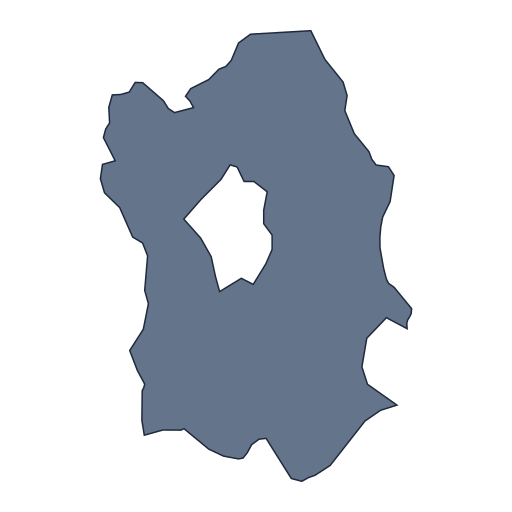 Fejér, Mercator projection
{"feature_id": "HUN-3162", "entity_name": "Fejér", "entity_type": "County", "adm_level": 1, "iso_a3": "HUN", "parent_name": "Hungary", "parent_adm1": "", "projection": "mercator", "projection_center": [18.516, 47.132], "detail": "fine", "context": "isolated", "style": "filled", "palette": "slate", "viewbox_px": 512, "rotation_deg": 0, "n_neighbors": 0, "source": "natural_earth", "source_scale": "10m", "svg_char_len": 1448}
<svg xmlns="http://www.w3.org/2000/svg" viewBox="0 0 512 512"><path d="M129.7,350.5L143.3,329.3L148.4,303.7L144.7,290.4L147.6,255.9L142.6,243.0L132.7,237.1L119.7,207.6L104.5,192.8L100.4,178.7L102.5,164.4L115.2,160.8L103.4,137.6L105.7,129.0L109.6,122.9L108.8,107.3L112.3,94.9L120.7,94.5L129.2,92.1L135.2,82.4L142.7,82.7L163.4,100.7L168.3,108.5L174.5,112.6L193.5,107.6L190.0,101.1L185.5,96.3L190.7,88.6L208.7,79.6L218.9,69.2L225.8,66.5L231.2,60.5L238.6,42.9L250.5,34.2L310.8,30.7L324.9,59.4L343.1,82.1L347.1,95.6L344.8,110.6L354.3,133.7L358.7,139.1L369.0,151.7L371.8,159.3L376.1,165.0L388.4,166.7L394.1,175.5L390.1,201.6L382.7,217.0L380.8,226.7L379.9,237.5L380.0,247.9L383.6,268.2L386.3,278.8L388.5,283.3L394.1,287.3L411.6,308.6L411.2,313.6L409.5,317.0L407.7,319.9L406.8,323.2L407.1,328.7L386.4,317.7L366.8,338.2L361.9,366.9L367.5,384.3L396.9,405.1L380.5,410.3L365.0,421.0L330.2,465.4L315.0,475.3L308.4,477.6L301.9,481.3L291.3,478.5L266.1,438.4L259.0,439.2L251.7,444.6L247.3,452.7L243.0,458.1L238.4,458.9L223.5,456.1L208.7,449.1L184.0,428.7L181.0,430.1L162.8,430.0L144.3,435.2L141.9,420.6L142.2,390.8L143.8,387.6L144.7,384.1L137.5,370.8L129.7,350.5ZM244.1,181.5L237.1,167.0L230.1,164.9L221.0,179.4L201.4,199.0L183.8,219.1L200.7,238.1L211.2,256.7L215.4,276.2L219.6,291.6L241.3,278.3L253.2,284.4L265.8,263.9L272.1,249.5L272.1,235.1L263.7,223.7L263.7,210.3L267.2,191.8L253.9,181.5L244.1,181.5Z" fill="#64748b" stroke="#1e293b" stroke-width="1.5"/></svg>